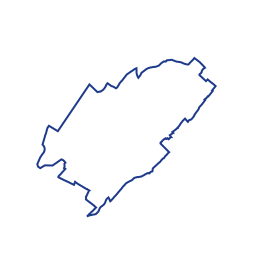 the district of Tatarasti, Bacau, Romania, rotated 59°
{"feature_id": "2599482B37830949265025", "entity_name": "Tatarasti", "entity_type": "district", "adm_level": 2, "iso_a3": "ROU", "parent_name": "Romania", "parent_adm1": "Bacau", "projection": "robinson", "projection_center": [27.206, 46.232], "detail": "fine", "context": "isolated", "style": "outline", "palette": "blue", "viewbox_px": 256, "rotation_deg": 59, "n_neighbors": 0, "source": "geoboundaries", "source_scale": "gbopen_adm2", "svg_char_len": 5746}
<svg xmlns="http://www.w3.org/2000/svg" viewBox="0 0 256 256"><g transform="rotate(59 128 128)"><path d="M117.2,218.5L121.3,212.0L120.6,201.4L120.7,201.1L122.6,200.0L123.9,199.7L125.0,199.5L125.5,199.5L125.5,199.9L125.8,200.6L126.0,201.0L126.8,201.4L128.5,202.3L128.9,202.7L129.4,203.5L130.8,202.8L131.5,205.2L132.3,207.9L132.8,209.2L133.3,211.4L133.6,212.3L134.1,213.0L134.9,212.7L135.8,212.1L136.6,211.7L137.8,210.8L138.7,210.3L139.7,209.7L140.5,209.1L142.4,207.8L143.2,207.3L144.0,206.7L145.2,206.0L146.3,205.3L147.6,204.4L147.8,204.3L148.9,203.6L148.6,203.2L146.9,201.1L148.4,200.5L150.4,199.6L155.9,196.6L159.2,194.9L159.3,194.5L160.1,194.2L161.6,193.4L161.6,193.6L161.8,193.9L163.3,196.3L164.1,197.4L165.2,199.0L165.3,199.2L165.2,199.3L165.4,199.6L166.8,200.2L167.1,200.4L167.5,200.8L170.0,199.9L173.4,198.5L176.5,197.3L179.7,196.3L179.8,196.8L180.0,197.6L180.2,198.1L180.2,198.6L180.5,199.5L180.9,201.1L181.2,202.4L181.2,202.9L181.5,203.8L181.6,204.3L181.8,205.1L182.0,205.9L181.9,206.2L182.3,206.8L182.4,207.1L182.4,207.7L182.6,208.3L182.7,208.7L182.8,208.1L182.8,207.4L182.9,206.8L183.3,205.2L183.7,204.3L183.9,203.6L184.1,202.9L184.7,201.5L185.2,199.9L184.5,196.8L184.4,196.4L184.2,196.2L183.5,195.3L182.9,194.4L182.1,193.3L181.9,192.8L181.7,192.3L181.6,191.6L181.5,190.2L181.4,189.6L181.3,188.6L181.2,188.3L180.8,187.1L180.5,186.6L180.3,186.2L179.0,184.6L178.1,183.3L177.9,183.0L177.8,182.8L177.7,182.3L177.7,181.4L177.5,180.5L180.0,180.7L180.8,180.9L181.7,181.0L181.7,180.7L181.5,180.2L181.4,179.5L180.9,178.0L180.6,176.8L180.2,176.0L180.0,175.3L179.6,173.7L179.4,173.1L179.1,172.2L178.8,171.3L178.7,170.9L178.1,169.4L177.7,168.0L177.5,167.6L177.1,166.5L176.9,165.5L176.4,164.3L176.2,163.8L175.9,163.2L175.6,162.3L175.5,161.8L175.3,161.4L175.3,161.0L175.1,160.2L175.0,159.9L174.8,159.4L174.4,158.3L174.4,156.9L174.4,155.3L174.5,154.5L174.5,153.9L174.6,152.7L174.7,152.4L174.7,152.1L174.8,151.8L174.7,151.2L174.5,150.6L174.4,150.2L174.2,149.4L174.1,149.2L174.0,148.7L174.2,148.0L174.2,147.5L174.3,147.1L174.5,146.6L174.6,146.2L174.8,145.3L175.4,144.5L175.6,144.0L176.0,142.7L176.1,142.4L176.2,142.1L176.5,141.7L176.5,141.0L176.5,139.8L176.6,139.2L176.7,138.7L176.6,137.3L176.6,136.8L176.7,135.8L176.7,134.9L176.8,134.5L177.0,133.9L177.1,133.7L177.3,133.6L177.8,133.4L177.9,133.1L177.9,132.9L177.8,132.7L177.7,132.4L177.4,131.8L177.3,131.4L177.3,131.1L177.4,130.8L177.6,130.2L177.7,129.9L177.7,129.6L177.7,129.4L177.5,129.2L177.0,128.8L175.6,127.7L175.4,127.4L175.3,127.0L174.4,122.6L174.2,121.7L173.7,119.1L173.6,118.3L173.5,117.7L172.8,116.1L172.6,115.2L172.3,114.4L172.2,114.0L172.2,113.5L172.3,113.2L172.4,112.8L171.9,111.8L171.5,111.1L171.3,110.6L170.8,108.2L170.6,107.8L170.4,107.5L170.2,106.9L170.1,105.9L169.9,105.2L158.2,108.1L158.0,107.6L157.8,107.4L157.3,107.5L157.2,107.2L157.0,105.9L156.5,104.8L156.4,104.0L156.2,103.1L156.2,101.1L157.1,101.0L157.2,100.9L157.1,100.3L157.1,99.8L157.1,99.4L158.5,99.1L158.5,98.5L158.3,98.3L158.2,98.1L158.3,97.7L158.2,97.4L158.1,97.1L158.0,96.7L157.9,96.4L157.8,96.0L158.0,95.7L157.1,95.8L155.7,95.9L155.6,94.0L155.6,91.9L155.4,92.0L154.3,92.1L154.1,90.1L153.9,88.1L153.5,85.8L153.6,85.3L153.2,85.2L153.2,84.9L153.0,84.3L152.8,83.6L151.9,81.7L151.4,80.8L150.6,78.7L150.3,78.1L149.6,75.5L149.3,74.3L153.6,73.5L153.5,73.2L153.0,72.4L152.8,71.8L152.8,71.6L152.8,71.0L153.2,70.1L153.2,69.7L153.0,68.5L152.8,67.9L152.4,66.9L151.6,64.8L151.2,64.7L150.9,64.2L149.5,60.9L148.9,59.3L148.7,58.9L148.2,57.8L147.9,57.4L147.1,56.5L146.9,56.1L146.6,55.1L145.9,52.6L145.5,51.7L145.4,51.3L143.9,47.7L143.1,47.9L142.8,46.8L143.1,46.7L142.9,45.9L142.0,43.3L142.3,43.2L142.3,42.9L141.9,41.8L141.7,41.2L141.6,40.8L139.9,36.3L139.2,36.6L139.0,36.0L138.4,34.7L138.0,33.4L137.2,31.3L134.0,32.3L132.6,32.9L131.9,33.1L131.7,33.3L130.9,33.6L127.4,34.7L127.5,35.0L127.7,35.6L127.9,36.5L128.0,37.0L119.3,39.5L118.9,39.1L118.7,38.8L118.5,36.9L118.4,36.5L118.2,36.4L117.7,35.9L117.4,35.6L116.9,35.0L116.5,34.1L116.1,33.1L116.1,32.7L116.1,31.9L116.0,31.0L114.5,31.2L111.1,32.0L108.4,32.6L102.2,35.1L102.8,36.6L104.1,41.7L104.6,43.0L104.6,43.3L104.5,43.7L104.5,43.9L104.3,44.2L104.0,44.6L103.5,45.1L102.8,45.7L102.2,46.4L100.2,47.9L99.9,48.1L99.3,48.4L98.9,48.8L98.5,49.3L97.6,50.3L97.1,50.9L96.6,51.6L96.2,52.0L95.7,52.5L94.7,53.3L94.1,53.7L93.6,54.3L92.6,54.9L92.2,55.2L91.9,55.6L91.5,56.6L91.1,57.6L90.8,58.1L90.0,59.7L90.1,59.9L90.1,60.3L90.2,60.7L90.5,60.9L90.4,61.3L90.2,61.3L90.1,62.1L89.8,62.6L89.4,62.9L89.5,65.3L89.6,66.2L90.1,68.2L90.3,69.1L90.4,69.6L90.3,69.9L90.1,71.2L89.7,72.9L89.5,73.4L89.3,73.9L88.8,74.6L88.7,74.9L88.5,75.6L88.4,75.9L87.8,77.4L87.6,77.9L87.5,78.4L87.4,78.7L87.1,79.8L87.0,80.9L87.0,82.2L87.2,83.8L87.4,85.8L87.6,87.5L87.7,88.0L88.3,89.1L88.7,89.6L88.9,89.8L89.3,90.6L90.3,93.3L89.6,93.3L87.9,93.1L85.7,92.5L85.0,92.2L83.9,91.6L83.5,91.3L83.2,91.1L82.9,90.9L82.6,90.8L82.3,90.7L81.7,90.3L81.2,90.0L81.0,91.0L80.9,92.1L81.1,93.8L81.2,97.3L81.4,99.3L81.4,100.5L81.4,101.1L81.6,101.8L82.1,102.8L82.2,103.3L82.9,105.0L83.1,105.7L84.3,108.6L84.4,108.9L84.4,109.3L84.5,109.7L84.6,110.0L84.7,110.3L85.2,111.7L85.6,112.6L86.3,113.7L87.2,115.6L87.6,116.2L87.7,116.6L87.7,117.3L87.8,117.8L85.4,119.1L85.0,119.3L84.5,119.7L83.9,120.3L83.6,120.6L82.4,121.1L79.1,122.5L79.4,123.4L79.6,123.8L79.8,124.1L80.1,125.0L80.6,125.4L80.8,125.6L80.8,125.8L81.1,126.3L81.4,126.6L81.5,127.1L81.9,128.0L82.3,129.2L82.5,130.0L82.6,131.5L82.6,132.1L82.7,132.6L82.4,132.8L82.3,133.2L81.5,135.7L70.8,138.6L94.6,189.8L85.4,194.6L85.9,195.7L86.1,196.5L88.1,198.8L90.3,201.0L91.6,202.7L95.0,206.3L98.2,209.8L99.3,209.6L100.5,209.5L101.5,209.6L102.6,210.0L103.4,210.4L105.0,211.9L105.7,213.1L106.5,215.2L108.0,218.4L112.3,224.4L114.7,225.0L117.2,223.9L117.2,218.5Z" fill="none" stroke="#1e3a8a" stroke-width="2"/></g></svg>